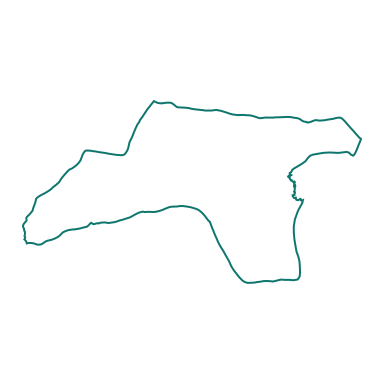 the district of Kanhchriech, Prey Vêng, Cambodia
{"feature_id": "14789045B7646940366874", "entity_name": "Kanhchriech", "entity_type": "district", "adm_level": 2, "iso_a3": "KHM", "parent_name": "Cambodia", "parent_adm1": "Prey Vêng", "projection": "natural_earth1", "projection_center": [105.547, 11.678], "detail": "fine", "context": "isolated", "style": "outline", "palette": "teal", "viewbox_px": 384, "rotation_deg": 0, "n_neighbors": 0, "source": "geoboundaries", "source_scale": "gbopen_adm2", "svg_char_len": 5081}
<svg xmlns="http://www.w3.org/2000/svg" viewBox="0 0 384 384"><path d="M361.0,138.9L359.2,137.5L356.6,134.6L354.0,131.6L350.5,127.8L347.1,123.9L344.8,121.2L342.4,118.9L340.9,117.8L338.5,117.6L336.4,118.0L334.8,118.3L334.2,118.6L329.4,119.4L327.3,119.7L324.8,120.2L321.4,120.5L318.3,120.5L317.1,120.2L315.0,120.2L312.9,121.0L311.2,121.7L309.0,122.4L307.1,122.5L306.6,121.9L304.4,121.7L302.2,120.8L300.9,119.8L300.0,119.2L298.3,118.4L296.4,118.0L294.0,117.7L291.4,117.2L289.4,117.0L286.7,116.9L283.9,117.1L280.8,117.2L278.2,117.3L277.1,117.3L276.0,117.3L273.0,117.6L269.6,117.6L267.3,117.6L266.0,117.5L264.3,117.7L261.4,118.1L259.0,118.1L257.2,117.4L255.8,116.9L252.9,116.0L249.5,115.3L246.0,115.2L243.4,114.9L240.5,115.0L237.4,115.1L235.5,114.8L231.9,114.3L229.8,113.7L227.0,112.7L223.1,111.5L220.6,110.7L219.1,110.5L216.2,109.9L212.0,110.5L209.1,110.5L205.9,110.6L203.1,110.2L199.5,109.8L195.7,109.4L193.4,109.1L191.6,108.8L190.9,108.6L188.8,108.1L185.8,107.7L183.1,107.6L181.4,107.5L179.2,107.4L178.1,107.3L176.8,107.0L175.8,106.2L174.6,105.2L172.8,103.8L171.4,103.0L170.0,102.7L167.3,102.7L164.7,102.9L161.4,103.4L158.0,103.0L155.9,102.1L153.9,101.1L149.0,107.3L147.2,109.5L145.6,112.0L142.7,116.4L140.7,119.1L139.9,120.2L139.3,121.9L137.7,124.0L136.5,126.4L135.5,128.6L134.3,131.4L133.3,133.9L132.0,137.3L130.6,140.0L129.6,142.0L128.9,145.0L128.2,148.1L127.3,150.5L126.3,152.1L124.6,154.4L122.7,155.1L120.7,155.2L116.8,154.9L113.9,154.5L110.7,154.0L108.2,153.6L105.2,153.0L101.9,152.5L99.4,152.2L96.4,151.6L94.3,151.3L92.5,151.1L90.6,150.7L88.2,150.6L86.3,150.5L85.1,151.0L83.7,152.7L82.4,155.2L81.4,158.0L80.9,159.4L79.9,161.3L78.3,163.3L76.3,165.3L74.1,167.0L72.9,167.8L71.7,168.6L69.2,169.7L67.1,171.8L64.0,175.3L61.6,178.2L58.9,182.4L55.8,185.1L52.8,187.4L51.3,188.9L50.2,189.8L49.0,190.6L47.5,191.6L45.3,192.9L43.9,193.7L41.8,194.7L39.9,195.8L38.0,197.0L36.6,198.2L36.2,198.8L35.9,199.8L35.5,201.6L35.2,202.9L34.6,204.4L34.0,206.1L33.5,207.3L33.1,208.6L32.7,210.2L32.2,211.2L31.0,212.6L30.2,213.6L29.2,214.7L27.9,215.9L26.8,217.1L26.3,218.1L26.5,219.5L26.5,220.8L25.0,222.3L23.6,224.2L23.0,225.8L23.1,226.9L23.8,228.3L24.2,229.8L24.2,230.7L24.7,231.3L25.0,232.7L24.9,234.5L24.6,235.6L24.5,236.2L25.2,237.3L24.9,238.4L24.4,239.4L25.2,240.1L26.1,241.4L26.6,242.4L26.8,243.4L27.9,243.1L29.0,243.0L29.8,243.0L31.2,243.0L32.9,243.2L34.5,243.6L35.3,243.9L36.1,244.2L36.7,244.5L37.8,244.7L38.6,244.7L39.4,244.6L40.3,244.6L41.1,244.3L42.2,243.8L43.3,243.1L44.9,242.0L46.2,241.2L48.0,240.6L50.7,240.0L52.7,239.4L54.6,238.6L56.9,237.5L59.3,236.0L61.2,234.0L63.0,232.3L64.9,231.4L66.6,230.7L68.5,230.1L70.4,229.8L72.1,229.5L74.4,229.4L76.3,229.1L78.3,228.8L80.1,228.4L82.4,227.8L84.3,227.3L86.7,226.8L87.8,226.0L89.1,224.8L90.1,223.6L91.2,222.8L91.9,223.2L92.8,223.9L94.0,224.2L95.2,223.8L96.8,223.3L97.9,223.2L98.5,223.5L99.6,223.0L100.2,222.8L101.8,222.6L104.5,222.4L108.6,223.0L111.4,222.6L114.8,222.1L117.0,221.4L119.8,220.4L122.4,219.8L124.7,219.0L127.1,218.3L129.6,217.5L132.3,216.1L135.1,214.5L139.0,212.6L139.6,212.4L140.1,212.3L141.2,212.0L142.1,211.8L142.9,211.6L144.6,212.1L146.6,211.9L148.5,211.9L151.0,211.9L153.3,212.0L156.3,211.7L158.7,211.1L161.5,210.3L163.7,209.4L166.7,208.1L169.1,207.2L171.5,206.7L174.3,206.6L176.8,206.5L180.5,206.0L183.4,206.1L186.5,206.5L190.1,207.1L192.7,207.8L195.6,208.7L197.7,209.5L199.6,210.7L202.4,213.1L204.6,215.6L208.0,220.1L208.4,220.6L209.9,221.9L210.9,224.6L212.2,228.1L213.5,231.1L214.9,234.8L216.6,238.4L218.2,242.3L219.5,244.7L221.2,247.7L222.9,250.2L224.7,253.5L226.7,257.1L229.1,261.3L231.4,266.5L233.2,269.3L234.1,270.7L237.0,274.4L239.4,277.4L242.2,280.3L244.5,281.9L247.6,282.9L250.5,282.8L254.3,282.6L257.1,282.1L261.0,281.6L263.5,281.1L267.0,281.0L270.3,281.2L272.9,281.5L275.9,280.8L278.4,280.2L281.0,279.6L281.6,279.6L282.6,279.7L285.0,279.9L289.3,279.9L293.8,280.2L297.6,279.5L299.2,277.4L299.8,275.6L300.0,273.2L300.0,269.6L299.8,265.9L299.5,261.7L298.4,256.9L296.5,251.5L295.6,246.5L294.4,239.3L293.8,232.7L293.8,229.0L293.8,226.2L294.9,219.3L296.3,215.5L297.3,212.6L298.6,209.6L300.7,205.8L302.4,202.8L302.9,200.2L301.8,200.8L301.1,200.4L300.9,199.2L300.1,198.9L299.1,199.7L298.1,200.2L297.4,200.0L296.6,199.9L296.1,199.5L295.8,197.6L294.6,198.0L293.9,197.8L292.7,196.1L292.6,195.3L294.5,194.9L294.3,194.1L294.7,193.5L295.0,192.2L294.1,191.7L294.4,191.2L294.8,188.9L294.9,188.0L294.5,187.3L295.3,186.5L295.2,185.8L294.5,186.4L294.0,186.3L294.1,185.2L294.5,184.9L294.1,184.0L294.3,183.5L294.7,182.8L294.8,182.2L294.5,181.6L293.4,182.1L292.5,181.2L291.9,180.4L291.3,180.7L290.9,179.9L290.1,179.4L289.9,178.2L289.4,177.0L288.6,177.3L288.1,176.5L288.7,175.8L289.6,176.0L289.8,175.1L290.6,175.6L291.3,175.1L290.2,174.5L289.6,173.2L290.1,172.6L291.1,172.3L291.7,171.1L292.1,170.1L293.8,168.6L297.1,166.7L302.2,163.6L305.6,161.1L307.7,158.2L309.9,155.9L312.7,154.7L317.7,153.8L323.7,152.8L329.5,152.5L334.0,152.7L338.2,152.9L342.8,152.4L346.6,151.9L348.9,152.6L350.8,154.5L353.0,155.6L353.8,155.2L354.4,154.4L355.6,152.3L357.3,148.4L358.9,144.2L360.1,141.5L361.0,138.9Z" fill="none" stroke="#0f766e" stroke-width="2"/></svg>